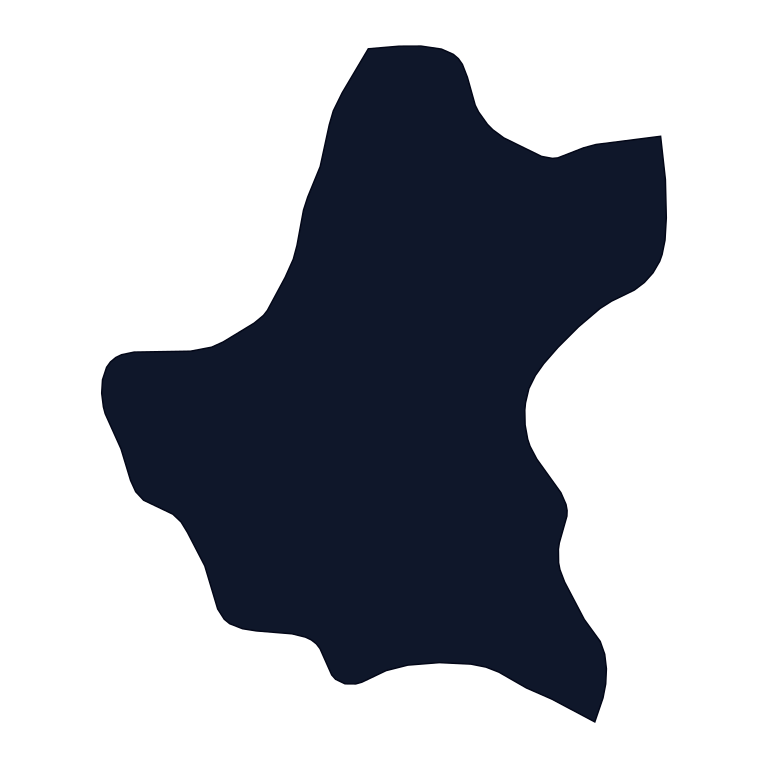 Licey al Medio, Santiago, Dominican Republic
{"feature_id": "3306468B91186516288237", "entity_name": "Licey al Medio", "entity_type": "district", "adm_level": 2, "iso_a3": "DOM", "parent_name": "Dominican Republic", "parent_adm1": "Santiago", "projection": "robinson", "projection_center": [-70.602, 19.426], "detail": "fine", "context": "isolated", "style": "filled", "palette": "ink", "viewbox_px": 768, "rotation_deg": 0, "n_neighbors": 0, "source": "geoboundaries", "source_scale": "gbopen_adm2", "svg_char_len": 1467}
<svg xmlns="http://www.w3.org/2000/svg" viewBox="0 0 768 768"><path d="M660.6,136.3L596.0,144.5L583.7,147.8L557.8,157.9L552.4,158.4L541.5,156.4L503.8,137.9L492.7,129.7L487.4,124.3L478.6,112.0L475.2,105.2L467.4,77.3L462.4,64.4L458.4,58.7L453.4,54.4L441.5,49.1L421.1,46.1L399.1,46.2L368.3,48.8L342.2,92.8L333.3,110.9L329.3,124.7L320.2,166.6L307.7,197.1L303.5,210.1L297.0,245.4L293.3,259.2L285.2,277.3L267.4,310.4L263.5,315.4L254.2,323.1L223.1,342.0L211.6,347.2L190.5,351.2L134.1,352.1L121.6,354.7L115.8,357.5L110.5,361.9L106.6,367.3L102.5,379.8L101.7,393.2L103.4,406.9L105.2,413.7L121.0,448.8L130.6,480.5L135.7,491.7L143.6,500.2L172.9,514.2L181.1,522.0L187.4,532.3L204.8,565.9L217.7,609.0L224.3,619.3L229.7,623.7L242.5,628.7L256.4,630.9L292.0,633.8L305.4,637.1L311.3,639.9L316.3,643.8L320.0,648.6L331.7,674.9L335.6,679.3L345.0,683.8L355.8,683.9L361.8,682.2L386.1,670.6L407.8,665.1L439.4,662.6L470.9,664.1L486.0,667.1L498.8,672.1L526.5,688.0L551.6,699.0L594.8,721.9L603.0,697.9L605.7,684.0L606.4,668.8L604.7,654.2L600.2,641.4L584.3,619.5L564.6,582.0L559.9,569.6L558.6,562.8L558.4,549.3L559.3,542.9L566.9,516.1L567.1,510.5L566.0,504.4L560.9,492.7L536.8,459.1L530.0,446.2L527.7,439.3L525.1,424.9L524.8,410.2L525.5,402.9L528.9,388.5L535.4,375.4L543.7,363.7L558.0,347.3L578.5,326.8L600.0,308.5L611.4,301.2L634.4,290.0L644.4,282.4L653.0,272.8L659.7,261.3L662.1,254.5L665.0,240.2L666.3,217.9L665.4,179.6L660.6,136.3Z" fill="#0f172a" stroke="#020617" stroke-width="1.5"/></svg>